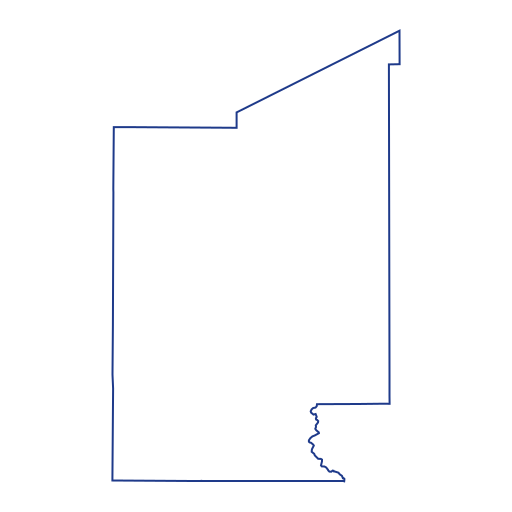 outline of Doña Ana, New Mexico, United States of America
{"feature_id": "52423323B79640001030180", "entity_name": "Doña Ana", "entity_type": "district", "adm_level": 2, "iso_a3": "USA", "parent_name": "United States of America", "parent_adm1": "New Mexico", "projection": "albers", "projection_center": [-106.656, 32.418], "detail": "fine", "context": "isolated", "style": "outline", "palette": "blue", "viewbox_px": 512, "rotation_deg": 0, "n_neighbors": 0, "source": "geoboundaries", "source_scale": "gbopen_adm2", "svg_char_len": 1347}
<svg xmlns="http://www.w3.org/2000/svg" viewBox="0 0 512 512"><path d="M399.5,30.7L236.6,112.4L236.6,127.8L221.6,127.7L125.7,127.1L113.8,127.1L113.3,189.0L113.4,192.4L112.9,325.7L112.5,374.6L113.1,388.5L112.4,480.5L192.0,481.0L201.8,481.0L201.8,480.9L202.5,481.0L203.9,481.0L277.2,481.0L343.2,481.0L344.2,481.3L344.3,480.6L344.3,479.9L344.4,479.2L344.4,478.9L344.3,478.7L343.5,478.1L342.9,478.2L342.3,476.7L342.1,476.3L342.1,476.2L341.9,475.8L340.0,474.5L339.3,473.8L339.1,473.5L338.7,473.0L338.5,472.7L335.1,471.6L333.8,471.4L333.6,470.8L332.6,470.6L331.3,471.7L329.4,471.6L328.2,470.4L328.0,469.8L326.2,467.5L325.9,467.3L324.4,466.5L321.8,466.4L321.0,465.4L322.0,461.3L322.0,459.6L321.0,459.0L320.8,458.9L318.2,458.8L316.0,456.6L314.8,455.4L314.2,453.8L311.7,451.8L311.8,450.0L312.1,448.9L313.8,445.6L313.3,444.7L311.1,442.8L309.6,442.4L308.9,441.7L308.9,440.3L310.3,438.2L312.4,436.4L314.7,435.5L318.9,433.2L318.8,432.4L316.2,430.2L315.3,428.8L316.0,427.0L315.8,425.3L318.0,422.5L318.2,421.1L317.2,420.0L316.1,419.5L315.9,418.2L316.7,416.9L315.6,414.0L313.5,414.6L311.1,412.6L310.7,411.3L311.6,409.4L313.2,408.0L315.5,407.6L316.7,406.2L317.0,404.2L323.5,404.1L327.8,404.1L333.3,404.1L358.3,404.0L384.4,403.7L389.6,403.8L389.5,396.1L389.5,375.3L389.2,221.0L388.9,64.4L399.6,64.2L399.5,30.7Z" fill="none" stroke="#1e3a8a" stroke-width="2"/></svg>